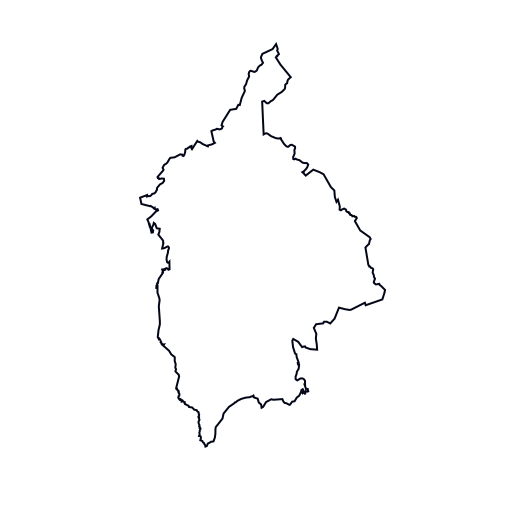 the district of Caimito, Sucre, Colombia, rotated 215°
{"feature_id": "7082276B33919985254113", "entity_name": "Caimito", "entity_type": "district", "adm_level": 2, "iso_a3": "COL", "parent_name": "Colombia", "parent_adm1": "Sucre", "projection": "equal_earth", "projection_center": [-75.153, 8.788], "detail": "fine", "context": "isolated", "style": "outline", "palette": "ink", "viewbox_px": 512, "rotation_deg": 215, "n_neighbors": 0, "source": "geoboundaries", "source_scale": "gbopen_adm2", "svg_char_len": 6080}
<svg xmlns="http://www.w3.org/2000/svg" viewBox="0 0 512 512"><g transform="rotate(215 256 256)"><path d="M184.5,79.7L185.5,83.5L187.2,86.9L190.1,91.2L190.8,92.8L190.2,103.6L192.2,108.3L191.6,116.9L189.4,122.8L189.2,124.2L188.7,124.5L188.1,126.8L186.1,130.5L183.2,134.1L180.4,136.5L178.6,139.1L178.3,139.2L178.0,140.2L177.5,139.9L177.1,139.1L176.5,139.0L172.8,140.1L169.7,137.6L166.6,137.3L164.4,134.9L163.6,136.6L164.0,142.1L161.4,147.3L159.2,148.3L152.3,153.9L149.9,152.4L148.2,152.1L146.8,152.8L143.3,153.2L142.9,153.6L142.8,157.4L141.1,159.1L141.4,163.4L140.5,166.4L141.1,170.3L141.9,172.3L141.3,173.7L140.0,173.1L139.1,172.0L139.4,172.1L139.8,170.7L139.0,170.3L138.6,171.8L136.9,171.3L136.8,171.5L137.3,171.8L137.8,174.0L136.5,174.0L135.6,175.1L137.3,176.7L138.9,175.9L141.5,177.8L141.3,177.8L144.3,181.9L146.2,182.6L147.6,182.4L149.0,181.5L149.7,180.5L150.8,177.8L152.8,177.8L154.3,179.7L155.1,182.7L156.1,184.6L156.4,188.1L158.1,191.4L159.2,192.4L159.6,191.5L160.6,192.5L160.2,193.4L164.8,196.6L166.6,198.7L168.0,198.5L173.3,202.5L177.7,207.5L177.9,209.4L172.2,209.9L165.9,207.8L165.1,209.1L163.9,210.1L163.0,209.5L158.2,210.8L152.2,214.3L155.4,218.3L159.7,222.8L161.9,226.8L167.4,230.3L167.6,234.6L162.3,239.4L162.6,240.5L162.5,241.2L160.2,242.8L156.5,243.3L155.7,249.7L158.4,261.3L152.5,263.5L148.2,265.6L147.3,266.6L140.0,280.2L137.9,278.6L127.6,292.9L129.6,299.3L130.8,302.2L136.3,303.2L138.0,303.2L139.1,303.9L141.4,301.5L143.9,301.6L144.6,302.2L145.5,305.7L147.4,306.5L148.3,307.7L151.0,309.4L152.4,312.4L153.4,312.7L155.3,312.2L156.3,312.8L157.1,312.3L157.9,312.9L158.8,313.1L171.2,325.7L170.7,329.5L170.3,330.5L171.8,334.2L171.8,335.6L172.2,335.9L173.7,336.6L185.3,336.7L195.0,341.3L195.2,344.9L196.4,345.5L197.4,344.8L198.5,345.1L199.8,343.8L201.2,344.4L202.3,343.7L203.8,344.8L204.5,344.3L205.3,345.1L206.5,344.4L207.7,344.5L208.9,345.6L211.0,345.4L212.4,343.1L212.7,342.1L214.1,341.9L215.7,344.6L221.1,349.1L221.1,346.5L225.3,349.6L229.4,354.6L234.2,355.4L247.5,361.7L251.8,361.2L258.6,359.6L261.4,350.4L263.8,350.9L264.4,351.4L264.6,351.1L266.1,351.3L265.4,352.8L264.9,356.1L264.9,358.0L265.7,360.9L267.6,361.3L269.3,360.1L271.3,359.2L275.4,359.4L277.5,358.6L279.4,358.4L280.0,357.2L281.0,356.8L282.3,358.3L283.1,362.0L285.3,364.8L285.9,366.9L286.7,367.9L287.3,368.0L290.6,367.6L291.6,366.5L292.2,364.0L292.7,363.6L294.3,363.3L297.4,363.9L302.3,365.9L303.0,366.7L303.7,366.6L303.7,366.1L305.5,364.8L307.4,363.9L312.4,362.8L316.4,362.9L317.9,362.5L318.9,361.3L319.5,360.0L339.5,386.0L338.2,387.8L334.8,387.3L333.5,388.2L332.6,391.5L331.9,392.7L331.5,394.1L331.1,400.3L329.0,405.2L328.3,409.1L328.6,410.4L330.2,412.9L330.1,414.2L329.6,415.4L330.6,417.4L330.9,419.1L330.1,422.4L345.8,426.8L353.7,430.1L353.3,431.9L353.6,432.0L353.0,434.5L356.6,436.5L357.0,438.1L361.1,441.1L361.1,435.0L366.7,425.3L366.1,422.2L365.6,421.1L363.1,419.3L361.1,418.3L361.2,415.7L361.9,414.7L362.5,412.1L361.8,408.4L362.3,406.7L363.0,405.8L366.6,404.7L366.9,404.3L367.1,402.8L366.4,400.9L364.6,399.1L364.0,394.7L362.7,391.0L362.6,387.9L361.6,386.3L360.5,385.6L359.7,384.5L358.5,377.5L355.9,370.4L357.2,369.7L356.6,365.2L361.0,360.9L360.3,346.8L359.2,343.3L357.5,343.2L357.7,342.6L357.1,341.3L357.1,340.7L358.3,338.9L361.1,337.7L361.6,336.4L363.3,334.4L364.2,332.7L356.3,325.5L354.6,325.1L356.1,322.2L358.7,319.2L358.3,318.2L364.1,317.1L366.7,317.2L369.0,316.4L370.1,316.6L369.7,306.8L370.7,307.2L372.0,309.1L372.8,308.0L373.0,306.7L373.6,306.1L373.7,304.8L374.8,303.5L375.0,302.9L373.4,300.0L372.6,296.9L372.8,296.3L373.6,296.0L374.6,296.7L376.4,295.8L379.3,290.1L382.5,287.3L382.6,286.2L382.2,281.7L382.6,279.8L383.3,278.6L383.5,277.5L383.1,274.7L381.2,273.6L381.1,272.8L382.0,264.3L381.1,263.5L380.2,264.0L379.5,263.5L377.7,265.4L375.8,266.5L374.3,264.8L374.4,262.2L375.7,259.7L376.1,255.6L376.0,254.6L375.1,253.6L375.1,252.2L374.8,250.8L375.2,248.9L376.6,247.4L376.7,245.6L377.2,244.2L378.6,243.3L379.5,242.0L379.8,242.1L380.3,243.3L384.4,237.3L379.7,232.9L371.4,236.0L371.2,236.5L368.6,236.7L366.6,236.4L366.5,237.3L365.7,236.6L364.8,236.6L363.9,237.5L363.6,237.1L363.3,237.8L362.4,237.2L363.5,235.1L364.5,228.5L366.0,223.6L363.6,222.2L360.7,219.8L360.7,220.4L355.0,215.2L354.0,216.2L354.9,218.0L357.4,218.8L358.0,222.7L358.7,224.5L357.0,224.4L353.2,221.8L350.5,223.1L348.9,220.2L348.3,217.5L341.2,215.4L340.5,214.9L339.6,213.4L339.2,213.4L337.2,208.3L335.7,209.7L334.0,213.0L333.3,213.4L332.3,213.0L331.7,212.3L331.0,209.7L330.1,208.3L328.6,204.0L327.3,201.9L325.5,200.1L324.5,199.9L323.9,200.2L323.7,201.7L319.2,195.5L319.9,194.5L321.3,194.9L322.4,194.7L323.1,193.5L322.5,192.7L323.2,191.7L323.8,192.3L325.1,191.1L323.3,189.9L323.3,189.0L322.6,188.9L322.5,181.3L320.7,177.2L320.8,176.9L321.2,176.7L320.2,175.2L320.6,174.7L319.7,173.2L319.4,173.8L319.1,173.4L318.9,173.8L319.2,174.1L319.1,174.4L315.7,169.5L311.0,166.0L309.6,164.5L306.8,159.1L297.4,147.5L295.5,144.8L293.4,139.5L290.0,133.3L288.0,132.2L287.9,132.9L286.8,132.5L284.3,131.1L284.5,130.6L283.0,130.1L281.2,130.4L281.0,130.1L280.6,130.6L280.5,129.6L280.8,129.4L272.8,128.5L269.0,126.8L264.8,126.6L264.4,126.4L262.5,123.5L259.7,121.3L258.1,118.3L256.5,117.4L256.1,115.7L255.6,115.2L251.2,114.4L249.9,113.3L245.6,101.9L245.0,101.4L244.3,101.3L244.3,101.8L243.3,101.2L241.9,101.0L241.8,100.2L241.2,100.2L240.6,99.4L240.1,99.4L239.5,98.9L238.7,97.5L239.0,96.8L238.6,95.6L238.1,95.2L237.0,95.1L236.9,94.7L236.3,94.5L235.9,95.1L235.6,94.5L235.1,94.5L234.6,95.3L233.9,95.5L233.6,95.3L233.5,94.9L233.2,95.0L233.1,94.6L232.7,95.2L232.4,94.9L230.6,95.4L230.2,94.5L229.5,94.5L229.2,94.0L225.3,94.6L224.3,93.9L221.4,95.3L218.5,94.7L216.1,95.7L215.1,95.1L213.4,95.1L212.4,93.8L211.7,93.6L211.1,92.4L211.0,91.5L210.4,91.4L210.3,90.8L209.9,90.8L209.8,90.3L208.4,89.5L208.0,87.2L206.7,85.8L205.2,85.0L204.9,83.9L204.0,83.7L203.7,82.9L202.9,83.1L202.3,82.6L202.2,81.1L201.4,79.9L201.1,78.8L199.8,77.5L199.4,75.9L198.3,76.5L197.7,76.4L196.7,75.3L195.9,73.1L193.9,73.7L192.5,72.9L191.4,73.0L190.3,72.2L189.4,72.1L188.1,70.9L187.3,72.2L187.9,74.8L186.7,76.9L186.4,77.9L184.5,79.7Z" fill="none" stroke="#020617" stroke-width="2"/></g></svg>